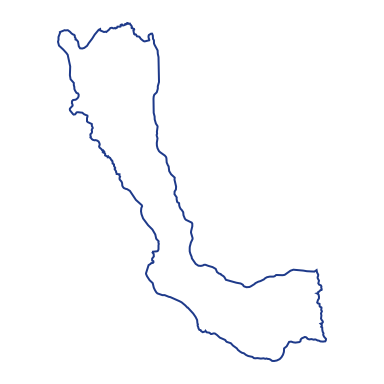 outline of Santa Bárbara (Iscuandé), Nariño, Colombia
{"feature_id": "7082276B99136561352014", "entity_name": "Santa Bárbara (Iscuandé)", "entity_type": "district", "adm_level": 2, "iso_a3": "COL", "parent_name": "Colombia", "parent_adm1": "Nariño", "projection": "orthographic", "projection_center": [-77.93, 2.324], "detail": "fine", "context": "isolated", "style": "outline", "palette": "blue", "viewbox_px": 384, "rotation_deg": 0, "n_neighbors": 0, "source": "geoboundaries", "source_scale": "gbopen_adm2", "svg_char_len": 5917}
<svg xmlns="http://www.w3.org/2000/svg" viewBox="0 0 384 384"><path d="M152.1,33.7L151.0,33.7L148.9,35.0L148.5,36.1L148.6,37.8L149.3,39.8L149.2,40.3L144.7,41.4L143.6,41.1L141.2,39.2L140.4,38.4L140.0,37.5L139.0,36.6L136.9,36.3L136.0,34.6L135.4,34.3L134.7,34.5L134.1,34.0L133.4,30.5L134.2,29.7L134.0,28.9L131.7,28.1L131.6,27.9L132.1,27.5L131.6,26.0L131.3,25.8L131.0,25.1L130.5,24.8L129.9,23.6L128.5,23.8L127.9,23.1L127.2,23.0L126.9,23.6L126.2,23.8L126.7,24.1L123.6,25.4L122.7,25.4L122.0,24.5L121.3,24.6L120.6,25.1L120.8,26.0L120.6,26.5L120.1,26.7L117.4,26.7L116.9,27.8L115.6,28.4L115.0,27.9L114.2,28.3L113.1,28.3L112.4,27.9L111.5,27.8L110.3,28.1L109.1,29.6L106.3,32.0L105.6,31.7L104.0,32.0L100.2,30.4L100.1,29.1L98.7,29.8L94.7,34.6L92.2,38.6L88.7,43.2L87.1,45.8L84.3,47.9L82.3,48.5L80.1,48.3L78.8,46.3L78.0,41.6L76.8,40.1L75.5,39.5L75.7,38.4L74.9,37.3L74.7,35.4L73.9,34.7L73.3,34.6L71.6,33.5L69.9,31.7L67.8,30.2L65.7,30.4L64.6,30.2L59.9,32.1L60.0,33.0L58.5,37.0L58.5,39.8L58.0,41.8L59.0,45.6L63.1,49.4L66.3,52.9L67.7,54.8L70.2,66.5L69.9,75.3L70.6,79.3L73.8,82.9L73.8,85.1L74.3,86.9L74.4,89.0L75.0,90.5L76.5,92.9L78.1,93.5L78.7,94.8L78.5,96.7L77.5,98.3L75.7,99.7L73.1,100.0L72.0,101.2L71.9,103.2L72.5,104.4L72.6,105.7L70.0,108.5L69.8,109.1L70.0,110.4L73.1,114.2L73.7,114.6L75.2,114.3L76.6,112.4L77.9,112.2L82.3,112.7L84.2,114.3L87.4,115.6L87.5,116.7L87.0,118.0L87.0,121.3L87.7,122.1L91.8,124.0L91.9,126.0L92.7,127.6L92.7,128.2L91.9,129.3L91.7,130.4L92.0,131.0L92.0,132.1L91.5,133.2L90.4,134.3L90.4,135.3L90.8,136.6L90.4,137.2L90.4,137.5L91.2,138.1L91.8,139.1L93.0,139.9L94.6,140.3L95.4,140.1L97.0,140.5L98.6,141.5L99.5,143.4L99.7,144.6L99.1,146.4L99.5,147.5L101.5,149.2L102.0,150.1L102.7,150.2L102.6,150.5L103.0,150.7L102.9,151.1L103.5,151.3L103.3,151.7L103.8,151.6L103.7,152.4L104.3,152.3L104.3,153.0L104.7,153.2L105.2,154.0L105.1,155.4L107.3,156.5L107.8,156.3L107.8,157.3L109.1,157.2L109.7,157.8L110.1,157.9L111.5,160.3L112.2,160.6L112.3,161.6L112.7,162.1L112.6,163.5L114.0,164.4L114.0,166.0L115.2,168.0L114.6,169.0L116.1,171.4L116.1,172.3L116.7,173.5L116.7,174.0L119.5,174.3L119.4,175.6L120.1,176.7L119.5,178.0L119.7,179.5L121.5,181.6L122.1,183.1L122.3,185.7L122.9,186.9L123.8,188.0L125.6,188.8L127.2,189.2L129.9,190.9L135.9,199.9L141.8,205.2L142.1,206.2L141.3,208.1L141.0,211.2L141.5,214.2L143.1,218.5L148.1,225.2L152.4,229.5L155.3,234.5L156.2,238.7L158.6,241.3L158.4,242.7L158.8,243.9L158.5,245.2L158.5,249.2L158.2,250.2L157.7,251.0L157.0,251.3L153.0,251.7L153.0,252.3L152.6,252.7L153.7,254.0L153.8,256.5L152.2,258.5L152.1,259.8L152.2,260.6L153.3,261.1L153.5,262.1L152.9,262.9L151.3,263.1L150.3,264.1L148.6,265.1L146.0,273.3L146.1,274.1L147.0,276.2L149.6,280.2L152.7,283.1L153.8,287.7L155.0,290.2L156.3,292.3L157.4,293.4L162.3,295.1L164.6,295.1L168.8,296.8L170.3,297.1L179.5,301.2L181.6,302.3L185.3,305.4L187.4,307.6L187.8,307.6L193.2,313.5L195.6,317.0L197.1,320.0L197.4,323.1L197.9,324.4L197.6,324.9L197.7,325.9L198.2,327.0L198.5,328.4L199.4,329.9L200.6,330.1L201.1,331.1L202.8,332.2L205.5,331.3L205.6,331.0L206.7,332.3L209.4,332.7L210.9,334.0L211.6,334.0L213.7,333.4L214.9,333.5L217.0,335.0L219.8,337.6L224.6,339.7L225.4,340.2L225.9,341.1L226.8,341.9L230.8,343.2L233.0,345.6L236.9,348.4L237.8,349.8L239.9,351.5L241.8,352.7L243.9,353.3L246.1,355.0L248.2,356.0L252.4,356.9L253.9,358.1L255.2,358.3L257.5,358.1L260.9,358.6L263.5,358.3L265.3,358.8L266.7,358.5L267.5,358.9L268.9,359.0L270.3,359.5L272.1,360.9L274.1,361.0L276.8,360.5L279.7,359.1L281.5,357.2L283.0,354.7L283.9,351.9L284.1,348.4L286.7,346.3L289.1,341.9L291.1,341.6L293.2,342.3L295.4,342.6L299.2,342.1L300.3,341.4L300.6,340.8L300.6,339.8L301.1,339.0L301.9,338.3L304.8,337.0L305.9,337.2L306.8,337.8L307.4,338.7L309.2,339.4L311.4,339.1L313.9,339.7L315.0,339.4L316.1,339.7L317.6,340.5L318.8,340.6L320.4,341.4L323.0,341.6L325.3,341.3L325.9,340.1L326.0,338.9L324.2,336.9L323.4,335.4L323.2,334.5L323.5,333.3L322.7,331.8L322.3,329.9L322.2,327.4L321.2,326.8L321.8,325.8L321.8,324.8L321.5,324.1L320.9,324.0L320.6,323.7L322.1,323.2L322.9,322.0L322.6,321.1L321.6,319.8L321.0,318.6L321.4,315.6L321.0,313.4L321.9,311.2L321.2,310.0L321.5,307.8L321.3,307.3L320.5,307.1L319.7,306.4L319.5,303.8L317.8,303.3L317.2,302.5L318.0,299.9L318.9,298.6L319.0,296.9L318.6,294.7L317.6,293.7L317.0,293.4L318.1,293.1L318.3,291.9L319.1,291.6L320.5,290.1L321.5,290.0L321.7,289.3L321.2,287.3L321.4,286.4L320.9,285.4L319.1,284.6L318.3,283.3L319.0,280.7L317.7,278.2L317.6,277.1L318.1,276.0L318.2,274.7L317.0,272.3L316.6,270.1L314.4,271.6L306.8,271.2L303.3,270.6L293.4,269.7L290.5,270.7L284.9,274.7L284.0,275.0L282.4,275.2L276.6,275.0L276.0,275.1L274.7,276.2L273.4,276.6L269.8,276.6L267.0,277.2L265.2,278.2L263.9,279.4L260.4,281.1L258.3,281.7L255.3,283.2L254.6,284.0L250.9,286.3L249.4,287.0L246.6,287.2L244.3,286.5L243.6,286.0L242.8,284.7L240.7,283.5L236.3,282.7L225.9,279.8L224.5,277.3L223.5,276.2L221.0,274.6L220.7,274.0L219.1,273.6L217.0,272.0L215.7,268.9L212.6,267.1L208.4,265.9L205.5,264.8L204.1,264.8L202.8,265.5L200.9,265.9L198.4,265.7L195.7,263.9L191.9,258.4L191.6,256.7L190.4,253.9L189.7,251.3L189.7,248.1L189.8,246.7L190.9,242.5L192.5,239.2L192.6,238.1L191.0,232.7L191.1,231.2L192.3,226.3L192.3,223.7L191.7,222.6L185.9,219.8L184.9,218.7L183.5,215.3L183.2,212.2L181.9,210.2L180.5,208.7L179.6,206.8L179.2,205.2L179.1,203.3L178.8,202.9L177.5,202.3L177.1,201.7L176.6,199.0L176.7,197.4L174.5,194.2L174.6,191.5L175.9,189.5L176.1,186.6L174.5,179.7L174.7,177.6L171.1,174.3L169.2,171.1L168.6,166.3L168.0,165.5L166.7,162.5L166.4,158.2L166.1,157.1L164.9,155.6L160.1,152.2L158.9,151.0L157.5,148.2L156.9,145.6L156.8,142.9L157.5,138.3L156.7,135.6L156.7,134.7L157.1,133.8L156.9,131.8L157.6,126.6L157.4,125.9L155.9,123.6L154.7,119.4L154.6,116.5L153.7,112.9L153.5,98.7L153.7,96.5L154.3,94.7L156.7,92.4L157.2,90.9L157.8,88.7L157.8,86.3L159.0,82.0L158.5,57.1L157.8,53.8L157.6,50.4L154.5,44.7L154.0,43.4L153.9,40.3L153.0,38.8L152.8,35.5L152.1,33.7Z" fill="none" stroke="#1e3a8a" stroke-width="2"/></svg>